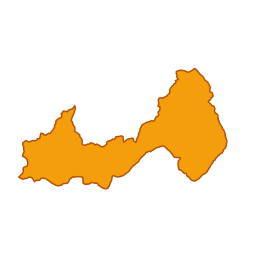 the district of Santa Bárbara, Minas Gerais, Brazil, rotated 192°
{"feature_id": "56859067B69434918593037", "entity_name": "Santa Bárbara", "entity_type": "district", "adm_level": 2, "iso_a3": "BRA", "parent_name": "Brazil", "parent_adm1": "Minas Gerais", "projection": "mercator", "projection_center": [-43.456, -20.054], "detail": "fine", "context": "isolated", "style": "filled", "palette": "amber", "viewbox_px": 256, "rotation_deg": 192, "n_neighbors": 0, "source": "geoboundaries", "source_scale": "gbopen_adm2", "svg_char_len": 5105}
<svg xmlns="http://www.w3.org/2000/svg" viewBox="0 0 256 256"><g transform="rotate(192 128 128)"><path d="M196.4,128.0L195.4,126.6L195.3,125.3L195.7,124.1L197.3,123.3L198.6,121.8L199.7,120.6L199.9,119.1L199.5,117.4L200.4,115.6L200.1,113.8L200.5,112.0L201.1,110.3L202.3,108.1L202.9,106.5L204.3,106.4L205.3,105.6L206.6,104.1L208.5,103.7L209.7,104.7L211.0,104.9L212.2,104.5L212.2,102.7L212.1,100.1L213.1,98.8L214.3,98.7L214.9,97.0L216.5,96.2L218.4,96.0L220.3,94.8L221.7,93.8L223.4,94.0L224.8,94.6L225.9,93.8L226.8,92.6L227.8,91.5L227.4,89.6L226.3,88.3L226.0,87.0L225.6,85.3L224.7,83.7L224.9,81.8L225.5,80.2L225.1,78.4L222.3,77.8L221.0,76.8L219.7,75.2L218.8,73.6L218.6,72.1L218.7,70.0L220.2,68.9L221.9,67.7L222.2,65.9L221.3,64.0L221.6,61.8L222.8,60.2L223.7,58.6L224.6,57.3L222.5,56.5L220.3,56.0L218.8,56.9L217.2,57.4L216.0,58.1L214.8,59.4L212.9,59.6L211.2,59.1L209.6,57.5L208.4,56.1L207.0,57.5L205.2,58.1L203.4,58.7L202.6,60.7L200.4,61.4L198.7,61.2L197.4,61.2L196.0,60.5L194.6,60.0L193.4,59.4L192.2,58.8L191.0,58.2L189.8,57.9L188.4,57.5L186.9,57.1L185.3,56.9L183.8,57.1L182.2,57.9L180.9,58.4L180.2,59.9L178.5,60.5L177.0,61.0L175.7,61.5L175.0,63.0L174.5,65.1L173.9,66.4L172.7,67.5L172.0,68.8L170.4,68.7L169.0,69.4L167.8,69.9L166.4,70.0L164.4,70.3L162.6,70.5L161.6,69.4L161.3,68.0L160.9,66.7L160.5,64.7L158.6,64.1L157.3,64.2L156.2,64.6L154.7,65.0L153.5,66.0L152.2,67.0L150.9,67.3L149.5,67.1L148.2,67.3L146.5,67.4L144.7,65.7L142.8,65.2L141.8,64.5L140.0,64.1L138.5,64.0L137.2,63.8L136.1,64.4L135.0,65.3L134.4,66.9L134.1,69.3L133.8,71.5L133.2,73.1L133.2,74.8L133.4,76.2L133.3,77.6L132.3,78.3L130.8,78.2L129.1,77.9L127.3,78.2L125.7,78.8L124.2,79.6L122.5,80.8L121.5,82.0L120.5,83.2L119.4,84.3L118.2,85.6L117.4,87.4L116.7,89.3L115.9,90.5L115.4,91.8L114.1,92.9L113.2,94.3L112.3,95.5L111.3,96.5L110.6,97.6L110.3,99.1L109.7,100.5L109.0,101.6L108.2,102.8L107.0,104.5L106.0,105.9L105.6,107.2L104.6,108.0L103.4,109.0L102.2,109.7L101.0,109.5L100.1,110.7L98.8,111.8L97.5,113.3L96.4,114.3L95.2,115.1L93.7,115.8L92.2,116.6L90.5,117.7L88.4,117.5L87.3,116.8L86.1,115.9L84.9,115.3L83.9,114.7L82.2,114.0L80.9,112.7L79.7,112.0L78.4,110.7L77.2,109.4L75.9,109.0L74.3,109.2L72.6,109.7L70.7,109.6L70.8,108.1L71.8,106.7L71.8,105.3L71.7,103.8L71.2,101.8L70.3,99.6L69.3,97.8L67.5,97.6L66.2,97.2L65.0,96.2L63.5,95.3L61.5,95.7L60.7,94.0L59.8,92.8L58.5,92.9L57.6,92.0L56.5,91.2L55.3,90.2L54.0,90.2L52.6,89.8L51.2,90.2L50.1,91.3L49.1,92.2L48.1,93.2L47.0,94.8L46.0,96.8L45.0,98.0L43.5,99.2L41.9,101.1L41.2,102.8L40.8,104.1L40.3,105.6L39.7,106.8L39.4,108.9L38.5,110.3L37.8,111.9L37.6,113.8L36.3,114.5L36.0,116.4L34.8,118.1L34.3,119.4L33.2,120.5L32.2,122.2L30.8,123.0L30.2,124.6L30.1,126.4L29.0,128.2L28.4,130.0L28.2,131.8L28.5,133.7L28.4,135.1L28.9,136.4L29.8,138.0L31.1,140.2L31.8,142.5L32.9,144.5L34.1,146.0L35.3,146.9L36.2,148.5L37.3,149.4L38.3,150.7L39.7,152.0L40.4,153.7L41.4,154.5L41.6,155.9L42.4,157.0L42.6,159.1L44.0,160.2L45.6,160.8L46.8,162.0L47.0,163.6L47.0,165.0L47.8,166.1L48.9,167.3L50.4,167.3L51.8,168.3L53.2,169.3L55.0,170.7L54.3,171.9L53.3,172.6L53.1,174.4L52.3,175.3L51.4,176.9L52.2,178.7L53.4,180.2L55.3,180.5L56.0,181.6L55.8,183.2L55.8,184.7L56.7,186.1L57.8,187.2L58.6,188.2L59.6,189.5L60.9,190.1L62.5,190.7L63.7,191.8L64.7,193.2L66.1,194.3L67.3,194.8L68.6,195.6L69.7,196.4L70.8,197.3L71.8,198.2L73.0,198.9L74.1,199.8L75.4,200.0L76.5,198.7L77.6,197.5L79.0,196.3L80.3,195.2L81.5,195.1L83.0,195.4L84.6,195.8L87.0,195.7L89.5,195.2L91.0,194.2L92.4,193.2L92.2,191.5L91.1,190.1L91.0,188.3L90.2,187.2L88.9,186.1L90.4,185.0L91.4,184.1L90.7,182.9L90.9,181.6L92.2,180.7L92.4,179.4L93.3,178.5L94.3,176.7L94.9,174.7L95.0,173.0L94.3,171.6L95.1,170.1L95.8,168.9L96.8,167.4L98.5,165.8L99.9,164.7L101.5,164.3L103.1,164.1L104.0,163.0L104.1,161.0L103.1,159.0L103.0,157.5L103.2,155.5L101.3,155.3L100.8,153.8L100.7,151.8L101.8,150.1L101.5,148.4L100.6,146.9L101.7,145.6L102.8,144.7L103.3,142.9L103.6,140.8L105.0,139.8L106.2,140.2L107.7,139.2L109.7,138.0L111.3,137.2L112.5,135.9L114.1,134.8L115.2,133.3L115.5,131.4L116.0,129.7L115.7,128.3L115.8,126.8L116.5,125.1L116.3,122.9L116.5,121.5L117.0,119.9L117.1,117.7L117.4,115.8L118.9,116.1L120.2,117.0L120.6,118.6L121.8,119.1L123.4,118.1L125.5,117.4L126.8,116.2L127.7,114.9L128.8,113.3L129.8,113.9L130.1,115.6L130.7,117.2L131.1,118.5L132.7,118.9L134.6,118.1L136.2,117.5L137.9,116.9L138.4,115.5L139.1,113.9L140.8,114.0L142.0,112.3L143.7,111.6L144.9,110.8L145.8,109.8L145.5,107.8L146.8,106.0L148.0,104.8L149.5,104.1L150.8,104.3L152.4,105.2L153.8,105.1L155.1,105.8L156.4,104.6L158.0,105.4L159.5,105.8L161.6,105.6L162.6,104.1L164.5,103.7L165.7,102.7L166.8,102.1L168.2,102.0L169.5,102.9L170.0,104.4L170.1,106.0L171.3,107.8L172.6,108.8L173.5,109.9L173.9,111.4L175.3,111.8L176.5,112.6L177.7,113.1L179.2,113.6L179.8,114.9L179.7,116.3L180.3,117.7L181.6,118.9L183.0,120.6L183.6,122.3L184.9,123.3L185.1,124.8L184.9,126.4L184.7,127.9L184.4,129.3L184.0,130.7L183.8,132.5L183.7,134.0L183.7,135.3L183.8,137.1L184.7,138.5L185.6,136.7L186.6,135.0L187.8,134.4L188.9,133.8L190.0,133.0L190.6,131.3L191.9,131.5L193.1,131.0L194.8,131.1L195.3,129.4L196.4,128.0Z" fill="#f59e0b" stroke="#b45309" stroke-width="1.5"/></g></svg>